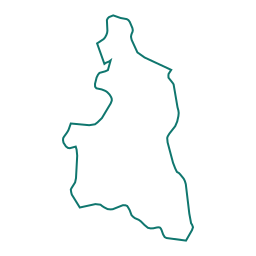 the Province of Sing Buri
{"feature_id": "THA-414", "entity_name": "Sing Buri", "entity_type": "Province", "adm_level": 1, "iso_a3": "THA", "parent_name": "Thailand", "parent_adm1": "", "projection": "natural_earth1", "projection_center": [100.34, 14.946], "detail": "fine", "context": "isolated", "style": "outline", "palette": "teal", "viewbox_px": 256, "rotation_deg": 0, "n_neighbors": 0, "source": "natural_earth", "source_scale": "10m", "svg_char_len": 1676}
<svg xmlns="http://www.w3.org/2000/svg" viewBox="0 0 256 256"><path d="M69.8,148.2L67.9,147.9L65.9,146.4L63.5,142.7L63.0,140.1L63.2,138.1L64.0,136.7L66.7,133.0L67.9,131.1L68.6,129.7L70.8,123.5L89.2,125.2L95.0,124.3L97.5,122.4L101.9,118.1L110.7,103.4L111.7,100.8L111.8,100.4L111.7,98.7L111.2,97.3L110.4,95.9L109.5,94.5L107.4,92.3L106.2,91.4L104.7,90.6L101.6,89.4L96.4,88.3L95.1,86.7L95.0,83.9L96.6,77.5L98.0,74.7L99.5,72.9L105.3,71.3L107.9,70.1L110.6,60.4L109.1,61.5L105.9,62.8L104.4,63.9L97.1,43.4L103.6,39.1L105.0,37.5L106.3,35.1L107.1,32.9L107.4,30.7L106.9,20.1L107.7,18.4L109.0,17.1L113.2,15.4L120.6,18.0L126.7,19.1L128.4,20.1L129.8,22.0L132.4,28.1L132.8,30.2L132.5,31.9L131.8,33.4L131.3,34.9L131.0,36.7L131.3,38.4L131.7,40.0L137.4,52.4L144.6,57.5L171.2,69.9L168.6,73.9L168.4,75.4L168.5,77.7L172.8,83.1L173.6,84.4L177.5,107.2L178.4,110.6L178.7,113.0L178.4,116.1L177.2,121.5L175.2,126.2L169.4,133.6L167.7,136.4L167.2,138.0L167.6,142.4L173.0,162.7L175.2,168.4L176.9,171.9L179.0,173.1L180.4,174.6L182.9,177.7L183.7,178.7L184.7,180.7L185.1,181.8L185.8,184.2L189.3,213.6L191.1,223.3L192.0,224.6L193.0,227.2L192.0,230.1L186.0,240.6L166.4,238.0L164.7,237.1L163.1,234.4L161.6,230.2L161.0,228.9L160.2,227.8L160.0,227.7L159.7,227.5L158.4,227.3L156.8,227.5L153.3,228.3L150.6,228.4L147.9,227.8L144.5,225.0L140.8,221.3L138.7,219.8L134.8,218.1L132.9,216.6L131.5,215.1L129.7,210.2L128.1,207.4L127.2,206.0L125.5,205.3L122.9,205.2L112.8,209.2L110.7,209.4L107.6,209.1L104.1,207.3L102.1,206.0L100.5,204.7L95.4,204.1L79.8,207.5L71.8,194.6L71.2,192.3L70.8,189.6L71.4,188.3L75.1,182.4L76.0,178.1L77.2,155.7L76.6,149.7L75.7,146.6L69.8,148.2Z" fill="none" stroke="#0f766e" stroke-width="2"/></svg>